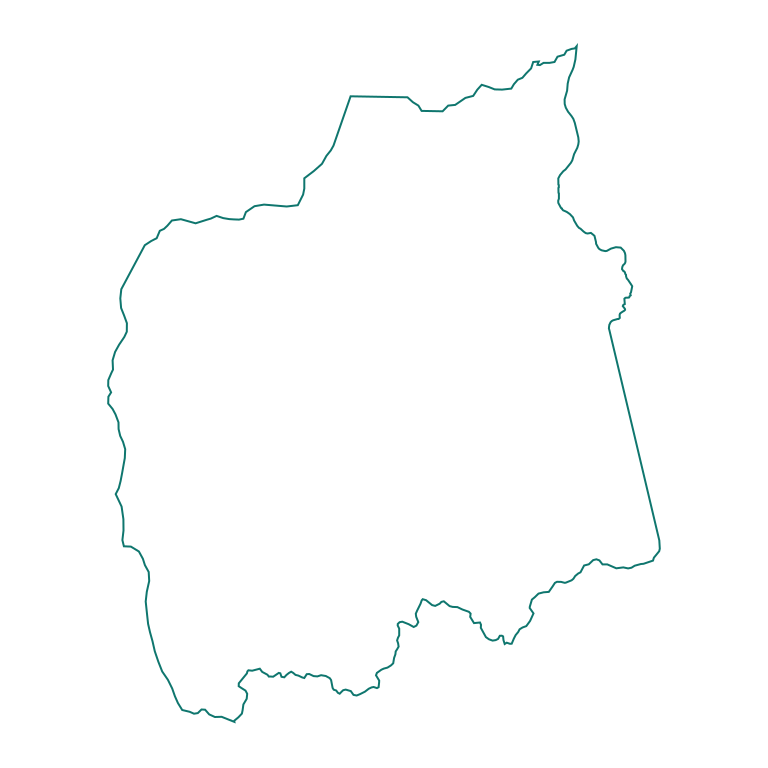 Wapenamanda District, Enga, Papua New Guinea
{"feature_id": "67681753B41439794831053", "entity_name": "Wapenamanda District", "entity_type": "district", "adm_level": 2, "iso_a3": "PNG", "parent_name": "Papua New Guinea", "parent_adm1": "Enga", "projection": "robinson", "projection_center": [143.904, -5.661], "detail": "fine", "context": "isolated", "style": "outline", "palette": "teal", "viewbox_px": 768, "rotation_deg": 0, "n_neighbors": 0, "source": "geoboundaries", "source_scale": "gbopen_adm2", "svg_char_len": 5132}
<svg xmlns="http://www.w3.org/2000/svg" viewBox="0 0 768 768"><path d="M234.4,721.9L234.2,720.8L238.4,717.3L241.9,713.6L242.6,710.2L243.4,704.4L246.7,698.8L247.2,693.8L245.5,690.6L241.4,688.0L238.7,686.2L238.8,683.3L246.9,673.4L247.4,671.4L248.4,670.3L252.2,670.7L259.8,668.7L262.2,671.9L267.4,674.7L268.9,676.6L269.8,676.5L273.2,676.7L278.8,672.9L280.3,673.3L281.5,676.8L284.3,677.3L286.4,675.0L288.9,673.0L291.2,671.7L293.2,672.9L295.5,674.9L298.4,675.6L302.1,677.4L304.3,678.0L305.4,676.3L306.7,674.2L309.2,674.0L313.6,676.1L317.4,676.4L321.1,675.2L325.8,676.0L329.8,678.2L331.1,680.1L332.6,687.9L333.7,689.7L336.2,690.5L337.9,692.8L339.7,693.7L341.6,691.7L343.2,690.2L345.7,689.6L350.8,691.1L353.5,694.9L356.7,695.5L359.9,694.2L364.9,691.7L368.8,688.7L371.6,687.4L373.6,687.0L377.0,688.1L378.6,687.2L379.1,682.6L379.2,680.6L376.0,675.3L376.9,672.9L381.4,669.7L383.8,668.6L387.5,667.6L391.0,665.4L393.2,663.3L394.1,657.9L395.4,654.3L395.7,651.4L397.1,649.3L398.6,646.6L398.1,643.3L397.1,640.4L398.0,637.7L399.2,635.4L399.2,628.6L397.7,625.5L397.8,623.9L399.6,622.2L402.3,621.7L408.7,624.2L413.7,627.0L416.4,625.6L418.3,622.1L416.2,616.8L415.8,613.7L417.1,610.7L420.5,603.8L421.7,600.4L422.7,599.2L426.1,600.2L432.1,605.1L435.2,605.9L439.7,603.7L441.4,601.9L443.8,601.3L449.6,606.1L452.6,606.9L457.4,607.1L462.4,609.5L468.9,611.8L470.6,613.6L470.2,616.9L474.0,623.1L480.0,622.5L481.0,624.8L480.8,627.8L485.9,637.1L489.0,639.3L492.6,640.6L495.7,640.1L498.1,638.9L499.8,635.8L501.8,635.7L503.1,636.4L503.5,640.2L504.7,644.0L506.7,642.7L510.0,643.8L511.7,643.7L513.9,638.5L515.7,635.0L518.2,632.0L519.6,629.3L522.5,627.5L526.3,626.1L530.1,620.9L533.5,613.4L529.7,608.0L529.8,606.7L531.9,599.6L534.8,597.2L538.5,593.6L543.6,592.3L548.8,591.9L552.7,586.3L554.9,582.9L557.0,581.8L561.1,581.9L564.6,582.8L565.7,582.7L571.6,580.3L573.4,578.8L575.2,576.0L578.2,573.5L580.5,572.3L584.1,565.5L588.8,564.3L593.2,560.1L596.4,559.3L599.4,560.4L601.1,562.6L602.5,564.4L607.3,564.4L616.3,568.3L623.3,567.4L628.1,568.4L631.5,567.7L634.7,565.7L641.0,564.0L643.5,563.8L653.0,560.6L653.9,557.7L659.2,551.2L659.8,548.7L659.3,540.4L634.6,436.2L609.3,329.8L608.9,328.5L609.0,327.6L609.0,327.1L609.2,325.9L609.3,324.9L609.7,324.1L610.1,323.2L610.6,322.2L611.7,321.1L613.1,320.3L617.6,319.0L618.6,319.0L619.8,317.9L619.7,316.9L619.6,315.0L620.0,313.6L621.2,312.6L623.4,311.2L624.3,310.7L625.1,309.8L624.9,308.8L622.8,306.1L623.4,304.8L624.8,304.1L624.7,302.7L624.5,300.4L624.4,298.7L625.4,297.8L626.3,297.7L628.0,297.7L629.2,297.4L629.6,296.2L630.7,295.4L630.2,293.8L630.6,293.0L631.0,292.3L632.2,286.4L632.2,286.2L631.2,284.6L628.0,279.8L626.8,278.5L626.1,276.5L626.0,274.8L625.3,274.0L624.9,272.3L623.8,271.1L623.4,271.1L622.0,269.1L622.3,267.0L623.0,265.3L624.4,264.0L625.2,262.8L625.5,261.5L625.4,255.3L625.0,253.2L623.9,250.8L620.7,247.6L615.9,247.2L611.0,248.6L606.8,250.9L605.3,251.1L601.6,250.3L599.4,249.1L598.3,247.9L596.1,243.8L596.0,242.1L594.5,235.9L593.4,234.9L590.9,232.9L587.6,233.5L585.7,233.1L583.5,231.5L580.5,228.7L579.0,227.9L577.2,225.8L574.1,220.5L573.0,217.4L569.9,214.1L566.9,212.0L565.2,211.2L563.1,210.3L562.0,209.0L562.0,208.6L561.6,208.2L561.3,208.2L560.9,207.8L558.3,202.9L558.2,200.8L558.9,198.7L558.9,193.3L558.5,192.9L558.4,187.9L558.8,187.5L558.8,185.0L558.4,184.6L558.3,178.4L560.1,175.0L563.3,171.2L565.5,169.5L570.9,162.8L572.3,160.3L574.1,154.1L577.3,147.8L578.3,144.4L578.7,141.5L578.3,137.4L574.8,122.9L573.3,118.8L571.4,115.9L568.1,111.8L565.8,107.7L564.7,104.0L564.6,99.4L567.1,90.7L567.7,83.6L569.1,77.4L572.6,69.8L573.7,66.9L575.4,59.4L576.7,46.1L574.8,48.4L571.6,48.9L566.6,50.7L564.3,54.7L557.5,56.7L554.5,62.0L549.4,62.9L543.5,62.9L539.9,65.1L537.4,64.8L538.8,61.5L533.2,62.0L531.1,68.4L526.2,73.4L522.4,77.8L517.8,79.7L513.9,84.2L511.3,88.6L502.2,89.6L494.7,89.4L488.7,87.0L481.7,84.8L477.3,89.7L473.2,95.9L465.4,97.9L460.3,101.4L455.2,104.9L448.2,105.6L442.6,111.3L421.6,110.9L418.4,105.6L412.9,102.2L407.5,97.3L350.6,96.3L333.5,145.6L330.8,150.4L326.4,155.9L322.0,163.8L314.0,170.9L304.3,178.3L304.3,188.6L303.1,194.6L297.8,205.2L286.7,206.5L264.0,204.6L254.5,206.2L245.9,212.1L243.4,218.7L239.0,219.6L233.8,219.4L229.2,219.1L223.2,218.1L216.6,215.9L210.8,218.6L207.0,219.7L195.6,223.3L180.9,219.2L171.9,220.5L167.3,225.8L164.0,228.9L159.8,230.8L156.7,238.2L151.4,240.9L144.8,245.2L121.3,289.2L120.3,298.4L121.1,308.0L124.1,315.5L126.9,323.2L126.8,331.7L124.3,337.0L119.1,344.7L115.1,351.9L112.6,360.3L113.0,369.6L111.4,372.9L108.3,380.1L108.2,386.0L111.1,392.4L108.4,396.7L108.2,403.6L112.6,409.0L115.5,414.4L118.5,422.4L118.6,429.1L120.2,435.9L123.0,441.8L125.2,449.2L124.8,458.1L123.5,465.3L122.1,473.2L120.6,481.0L118.8,488.1L115.7,494.1L121.6,506.6L123.4,519.2L123.5,530.6L122.4,540.1L123.9,546.3L130.9,546.6L138.9,551.5L142.9,558.8L144.9,565.1L148.7,572.0L149.2,581.0L146.8,591.8L145.7,601.5L147.2,615.7L148.1,623.9L150.0,632.2L152.5,641.2L154.8,651.3L158.3,661.6L162.2,671.5L167.9,679.8L172.2,688.5L174.9,696.2L177.9,703.0L182.2,710.0L189.7,711.8L194.0,713.7L197.8,713.1L201.5,709.5L205.1,709.7L209.2,714.4L214.9,717.0L221.6,716.8L234.4,721.9Z" fill="none" stroke="#0f766e" stroke-width="2"/></svg>